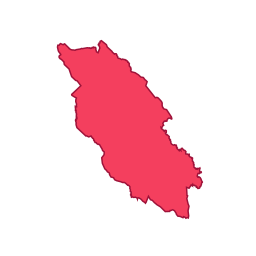 Taurenes pag., Vecpiebalgas, Latvia (Natural Earth projection), rotated 54°
{"feature_id": "27541924B70861266122116", "entity_name": "Taurenes pag.", "entity_type": "district", "adm_level": 2, "iso_a3": "LVA", "parent_name": "Latvia", "parent_adm1": "Vecpiebalgas", "projection": "natural_earth1", "projection_center": [25.678, 57.137], "detail": "fine", "context": "isolated", "style": "filled", "palette": "rose", "viewbox_px": 256, "rotation_deg": 54, "n_neighbors": 0, "source": "geoboundaries", "source_scale": "gbopen_adm2", "svg_char_len": 5698}
<svg xmlns="http://www.w3.org/2000/svg" viewBox="0 0 256 256"><g transform="rotate(54 128 128)"><path d="M42.0,110.7L40.8,111.8L41.1,111.9L39.2,113.7L37.0,118.2L36.3,118.9L36.1,120.1L34.1,124.0L34.1,124.9L33.9,125.3L33.2,125.8L32.1,127.2L31.2,128.0L29.3,128.9L29.2,128.7L22.7,129.8L22.5,130.5L22.7,131.0L22.5,131.4L22.1,131.6L22.0,131.9L20.1,132.9L20.1,134.1L20.5,134.7L20.5,135.2L19.8,136.1L21.1,137.5L24.3,138.9L25.5,139.2L28.9,139.1L29.3,139.5L29.1,140.7L29.4,141.5L30.1,142.1L31.2,142.3L31.6,142.1L32.1,142.2L33.3,141.6L37.0,141.0L37.3,141.3L39.2,142.2L45.6,141.0L53.3,143.4L58.7,142.4L60.0,141.4L66.1,141.3L67.7,153.8L68.6,154.2L71.3,153.1L73.4,152.1L74.5,153.6L76.0,154.8L78.3,155.5L79.3,156.3L79.5,156.8L80.6,157.1L80.5,157.4L80.2,157.4L80.2,157.6L79.8,157.9L80.2,158.0L80.2,158.3L80.6,158.4L80.6,158.6L81.3,159.0L81.9,159.1L82.0,159.5L82.9,159.7L82.7,159.9L82.9,160.1L83.1,160.0L83.2,160.3L83.8,160.1L84.7,160.9L85.4,160.9L85.9,161.3L86.6,161.4L86.9,162.0L87.5,162.3L87.7,162.6L88.5,163.0L88.4,163.1L88.7,163.4L89.1,163.3L89.2,163.1L89.4,163.2L89.6,163.4L90.1,163.7L89.9,163.8L89.8,164.2L90.1,164.3L90.2,164.6L90.8,165.1L90.5,165.2L90.5,165.5L91.2,166.1L91.4,166.0L91.5,166.2L93.5,166.9L93.5,167.1L94.9,168.1L97.7,169.1L109.7,166.8L110.0,166.1L112.0,165.1L112.2,164.9L112.7,162.6L113.5,162.6L113.9,162.8L114.2,162.6L115.6,162.7L116.0,162.3L117.1,162.4L117.7,162.9L118.6,162.7L119.3,163.1L120.5,163.1L120.7,162.7L121.2,162.3L122.2,162.4L123.1,162.1L123.7,161.8L123.9,161.2L125.1,160.8L127.1,161.1L129.7,161.3L131.3,161.8L133.4,161.3L135.4,162.9L135.8,163.8L136.6,166.7L141.5,169.5L147.1,170.7L148.1,170.7L149.4,170.3L151.4,170.4L153.1,169.6L153.8,169.7L154.8,170.3L157.6,170.6L159.7,168.9L162.0,169.2L163.9,168.2L167.3,165.4L168.9,164.4L170.0,162.9L171.6,162.3L172.7,162.2L173.3,161.9L174.0,162.0L174.2,161.5L175.5,161.0L176.8,161.0L177.9,162.0L179.5,162.4L180.4,163.3L180.7,163.4L181.4,163.1L181.8,163.2L182.1,163.5L182.6,163.7L182.7,163.8L182.8,163.9L182.9,164.2L183.2,164.3L183.0,164.5L183.1,164.8L183.9,164.8L184.4,165.0L184.5,165.2L184.5,165.3L185.0,165.1L185.3,165.6L185.9,165.9L186.2,165.8L186.2,165.3L186.6,164.7L187.1,164.5L187.6,164.1L188.3,162.7L189.7,161.9L190.4,161.9L191.0,162.1L190.3,161.3L190.6,160.6L190.9,160.3L193.0,159.4L194.9,159.1L195.7,159.1L198.1,158.2L199.1,158.1L198.5,156.6L198.2,156.3L195.3,151.6L199.2,152.0L200.9,150.8L203.9,150.5L205.9,149.9L206.6,149.9L210.8,148.1L217.5,147.0L220.0,143.3L219.5,142.4L220.0,141.7L220.4,139.9L222.2,139.0L225.4,139.2L226.3,139.6L228.6,139.5L230.2,137.8L232.9,136.2L232.5,135.0L234.4,134.1L235.0,134.2L235.4,132.5L236.2,132.1L234.8,130.6L230.3,128.1L227.1,124.6L224.7,124.0L219.6,121.9L217.9,119.6L217.2,119.9L210.4,115.5L212.6,114.0L211.3,110.5L212.1,110.2L211.6,110.1L212.1,109.6L211.7,109.2L212.0,109.0L211.8,108.7L212.3,108.8L213.0,108.6L213.2,108.3L213.4,108.3L213.5,107.7L213.8,107.6L214.2,107.7L214.5,107.6L215.3,106.9L216.3,106.9L216.4,107.3L216.7,107.0L218.0,107.0L218.6,105.8L218.5,105.2L218.5,104.9L217.8,104.5L217.7,103.9L217.8,103.2L216.4,101.3L216.0,101.1L215.5,100.3L215.6,99.8L215.4,99.6L214.0,99.5L211.9,98.9L210.5,98.8L209.2,99.3L209.0,99.6L209.2,100.2L209.0,100.4L207.9,100.4L207.1,99.8L206.9,99.4L206.1,98.5L205.9,97.9L206.8,97.1L206.4,96.5L206.5,96.0L206.9,95.8L207.1,95.5L207.1,95.2L206.9,94.7L206.4,94.6L206.2,95.3L205.5,95.6L203.6,94.6L203.3,93.7L202.6,93.4L202.6,93.8L202.2,94.7L201.6,95.5L202.0,96.1L202.1,96.3L201.6,96.6L201.0,96.5L200.6,96.7L200.9,96.9L201.4,96.9L201.2,97.2L200.6,97.3L200.0,97.2L199.2,97.6L198.3,97.6L197.2,96.7L196.6,96.7L196.5,96.2L196.0,96.3L195.6,95.9L195.1,95.9L194.7,95.3L193.6,95.2L192.9,95.4L192.6,95.1L191.6,94.7L190.3,93.5L189.8,93.6L189.7,94.2L188.8,94.1L188.0,94.8L186.4,95.0L186.1,94.9L185.9,94.3L185.2,93.9L185.1,94.1L185.6,94.5L184.1,95.2L183.2,96.3L182.9,96.5L182.2,96.1L181.1,95.0L179.6,95.2L178.5,95.9L176.2,96.1L175.9,97.0L176.5,97.6L176.6,98.3L177.1,98.5L176.0,98.8L176.6,99.7L176.6,99.9L176.3,99.9L176.3,99.6L176.0,99.5L175.6,99.7L175.4,100.0L173.6,100.4L172.5,100.2L172.3,100.1L172.5,99.8L172.0,99.8L170.7,99.2L170.1,99.1L170.0,99.3L170.0,99.8L169.3,99.9L168.8,100.3L168.9,100.8L168.6,101.3L167.0,102.1L166.3,102.2L165.0,102.0L164.3,101.4L163.5,101.1L162.4,101.3L162.0,101.1L162.1,100.7L160.2,100.8L159.6,100.0L159.1,99.7L156.3,100.3L156.2,100.7L156.0,100.9L154.0,100.7L154.1,99.7L152.9,98.7L152.5,98.6L151.6,99.3L151.9,100.1L152.0,100.4L151.8,100.6L149.5,100.8L148.2,101.4L147.5,101.1L148.1,101.0L147.4,100.4L147.4,100.0L146.7,98.8L146.8,97.6L144.7,97.1L143.8,94.6L144.0,94.4L144.1,94.1L144.6,93.7L144.5,93.2L145.1,92.9L145.3,92.6L144.3,91.3L143.9,90.1L143.9,89.5L144.9,87.9L145.4,87.7L146.1,87.8L146.3,87.6L146.4,87.3L146.1,87.0L144.5,86.4L135.8,86.0L133.8,87.7L132.4,87.7L132.5,87.8L132.2,87.9L131.3,87.7L129.6,87.0L129.1,86.6L127.9,85.7L126.7,85.4L125.4,85.4L121.4,85.9L120.2,86.6L119.5,88.2L119.3,88.2L104.3,88.8L101.8,85.3L100.2,85.5L98.8,85.9L96.2,85.9L95.4,86.6L94.7,87.4L94.2,87.7L91.1,88.3L87.4,89.8L84.4,92.3L83.0,92.0L82.8,91.9L82.8,91.5L82.1,90.8L81.2,90.7L81.0,90.4L80.4,90.2L80.0,90.4L78.7,90.5L78.2,90.1L77.5,89.9L76.8,89.1L75.0,89.1L74.7,89.5L74.2,89.2L73.0,89.3L72.2,89.6L72.3,89.8L72.1,90.0L70.9,90.2L70.2,91.1L69.1,91.8L69.0,92.8L66.9,93.8L66.2,94.6L65.5,94.9L65.0,95.0L64.1,94.3L62.7,94.5L62.2,94.0L61.1,93.9L60.2,94.9L60.2,95.5L57.3,96.1L56.7,95.9L50.3,97.2L47.9,96.5L41.7,98.2L41.5,99.7L42.3,100.2L42.7,100.9L42.3,101.5L42.7,102.0L43.3,102.4L43.0,102.9L43.3,103.2L44.2,103.0L45.1,103.3L45.7,103.3L46.9,104.0L49.5,108.0L47.9,108.7L46.1,108.0L45.8,108.1L44.5,107.0L43.7,107.0L43.3,107.3L43.1,107.8L42.4,108.2L42.6,108.5L42.2,109.0L42.6,109.1L42.4,109.4L41.8,109.8L42.0,110.7Z" fill="#f43f5e" stroke="#9f1239" stroke-width="1.5"/></g></svg>